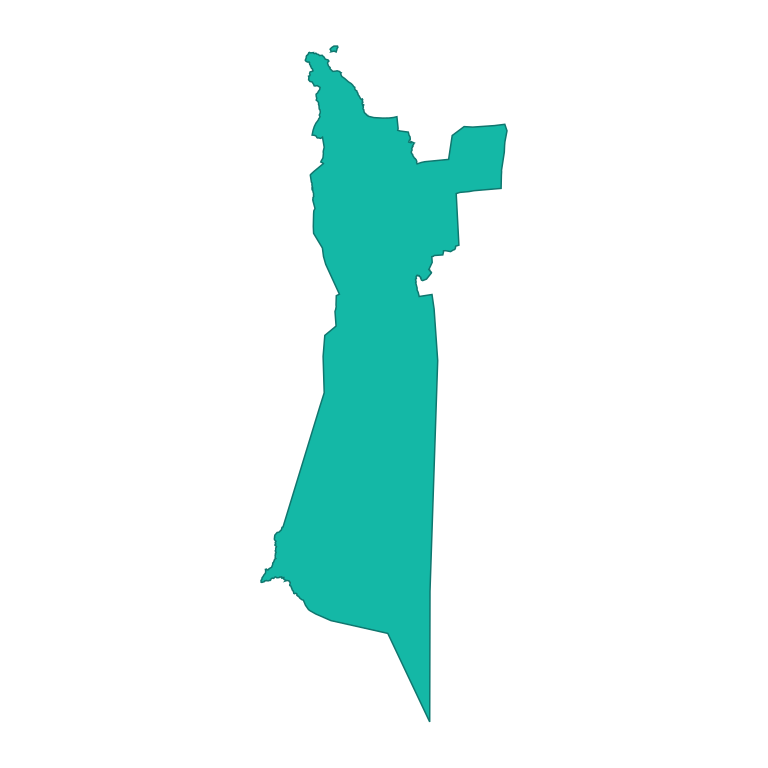 Þingeyjarsveit, Norðurland eystra, Iceland
{"feature_id": "244011B2873245088627", "entity_name": "Þingeyjarsveit", "entity_type": "district", "adm_level": 2, "iso_a3": "ISL", "parent_name": "Iceland", "parent_adm1": "Norðurland eystra", "projection": "albers", "projection_center": [-17.794, 65.291], "detail": "fine", "context": "isolated", "style": "filled", "palette": "teal", "viewbox_px": 768, "rotation_deg": 0, "n_neighbors": 0, "source": "geoboundaries", "source_scale": "gbopen_adm2", "svg_char_len": 5978}
<svg xmlns="http://www.w3.org/2000/svg" viewBox="0 0 768 768"><path d="M396.9,116.7L393.4,117.5L389.1,118.0L382.9,118.1L373.9,117.6L368.1,116.2L367.8,115.4L366.7,115.1L366.3,114.3L365.1,113.4L364.1,112.0L363.7,109.5L363.0,109.0L363.0,108.1L363.3,107.5L363.2,106.4L363.4,105.8L363.0,106.0L362.7,105.8L362.6,105.4L363.1,104.6L362.5,104.5L362.1,103.7L362.2,103.2L362.6,102.7L362.4,102.5L362.4,102.3L362.8,102.0L362.2,101.0L362.7,99.8L362.4,99.6L362.3,99.0L361.4,99.3L360.5,98.6L359.2,96.1L358.0,94.5L357.9,93.2L357.3,92.5L356.7,90.7L355.8,90.4L355.0,89.5L354.8,88.7L354.8,87.3L353.7,86.6L352.7,85.1L351.2,83.6L348.4,81.8L344.6,78.4L341.8,76.5L340.7,74.0L340.9,73.2L341.2,72.8L340.2,72.4L339.8,71.6L337.1,70.8L335.9,71.1L332.8,71.4L330.9,69.6L330.0,68.7L330.1,67.5L329.0,66.6L328.5,65.9L327.7,63.8L327.6,63.0L327.8,62.1L328.4,61.7L328.9,61.1L328.0,59.9L325.3,59.2L324.1,57.1L323.2,56.4L322.2,55.3L319.5,55.5L318.5,54.5L316.6,54.0L315.9,53.2L314.3,53.6L313.6,53.3L313.3,52.9L313.4,52.6L310.7,52.9L309.4,52.4L308.8,52.7L308.3,53.9L307.4,55.1L306.6,55.6L306.2,56.9L306.2,58.0L305.4,59.8L305.3,60.3L305.5,60.7L306.3,61.5L307.8,62.1L309.2,62.1L309.6,62.7L309.5,63.6L309.7,64.5L310.7,65.8L310.6,66.5L311.0,66.9L311.4,68.1L312.4,68.8L312.5,69.5L313.0,70.6L313.0,70.9L312.6,71.2L310.1,71.9L309.6,73.4L309.6,73.9L310.1,74.7L309.8,75.7L308.5,76.2L308.9,77.3L308.6,79.8L310.0,81.5L312.0,81.9L313.7,84.5L314.1,85.8L315.1,86.0L317.2,85.6L320.1,87.4L319.6,89.8L318.3,91.4L317.7,92.8L316.3,94.0L316.1,94.2L316.1,94.6L316.2,96.2L316.7,98.1L316.7,98.6L316.2,100.1L317.8,101.4L318.5,102.7L318.6,103.1L318.5,104.4L319.0,105.6L319.2,108.7L319.3,109.2L319.8,109.5L320.2,111.0L320.3,112.1L320.0,113.5L319.3,114.9L319.3,115.3L320.0,116.5L319.5,117.8L318.6,119.0L318.3,120.0L315.9,123.2L314.3,126.5L313.1,130.2L312.1,135.1L314.1,135.3L315.4,135.7L316.3,136.3L316.9,137.6L317.7,138.0L318.7,137.9L320.7,138.4L322.5,137.2L324.2,147.3L323.3,151.0L323.2,152.2L323.4,153.1L323.0,157.6L322.4,159.0L321.4,160.6L320.8,162.0L322.7,162.9L323.4,163.6L314.3,171.1L311.2,173.9L310.3,175.0L311.4,182.2L311.9,182.9L312.0,183.6L311.9,185.0L312.2,186.0L312.3,186.7L312.0,187.2L312.2,187.5L312.4,187.7L312.3,187.9L312.5,187.9L312.4,188.3L312.6,188.5L312.7,189.1L312.4,189.4L312.1,189.2L312.1,189.8L312.7,190.3L313.0,191.2L313.0,191.8L313.6,193.5L313.5,194.5L313.6,195.2L313.5,195.6L313.7,196.6L313.0,197.4L313.2,197.9L312.8,199.1L312.9,199.9L312.8,200.1L313.1,200.5L313.0,201.0L315.0,208.5L313.8,210.9L313.6,213.9L313.3,226.5L313.6,233.4L322.4,248.0L323.5,256.5L325.7,264.3L339.4,294.2L336.3,295.7L336.0,305.2L336.2,306.2L336.1,307.1L335.7,309.3L335.0,311.5L336.0,325.2L336.0,326.1L324.8,335.4L323.1,356.4L324.2,392.8L319.7,407.1L283.0,527.0L282.3,527.1L281.8,527.9L281.7,528.2L281.8,528.6L281.1,530.3L280.4,530.6L279.9,531.4L278.9,532.2L277.1,532.5L274.8,535.2L274.7,536.5L274.5,537.0L274.7,537.6L274.4,538.1L274.4,539.4L274.6,539.9L275.6,540.8L276.0,541.4L275.9,541.7L275.3,542.2L275.2,542.9L275.8,544.0L275.0,544.7L274.9,545.1L276.5,546.6L276.2,547.5L275.7,547.9L275.7,550.3L275.2,550.9L276.1,552.3L276.0,552.7L275.4,553.2L275.4,553.5L275.6,554.2L275.1,555.1L275.3,555.9L275.2,557.8L275.8,558.5L274.5,559.4L274.3,560.7L273.9,561.0L273.7,562.0L272.8,562.9L272.7,563.2L272.7,564.4L271.6,567.3L269.2,568.6L268.0,569.9L267.3,569.9L266.5,569.1L265.4,569.4L265.4,569.6L265.7,571.0L265.4,573.2L263.8,575.1L263.1,576.5L262.4,577.3L262.0,578.0L261.9,579.3L261.0,580.4L261.1,581.8L261.2,582.1L261.2,582.3L261.9,582.4L264.4,581.6L264.9,580.7L265.8,580.8L266.5,580.5L267.0,580.8L268.7,580.8L269.6,580.3L270.3,580.4L270.6,580.1L270.9,579.2L271.3,578.7L272.2,578.1L273.7,578.4L274.8,577.2L275.5,576.9L276.9,577.8L279.1,577.6L280.0,576.9L280.9,577.2L281.7,576.9L281.9,577.3L281.7,578.1L282.0,578.3L283.8,577.5L283.9,577.8L283.7,578.3L283.7,579.0L284.5,579.8L285.7,580.2L285.7,580.6L285.3,581.0L287.1,580.5L288.9,580.8L289.5,581.9L290.2,582.3L290.1,583.0L290.1,583.8L289.7,584.8L289.7,585.2L290.0,585.7L290.6,585.9L291.0,586.3L291.1,587.0L291.6,587.8L291.6,588.3L292.0,588.8L292.1,589.8L292.8,590.5L293.0,591.0L293.4,591.2L293.8,593.4L294.5,593.7L295.6,593.3L296.4,593.5L297.0,594.1L296.8,595.1L297.6,596.0L298.5,596.3L300.0,598.3L301.9,599.7L303.4,600.2L305.5,605.3L308.5,609.6L310.3,610.9L315.8,614.0L330.9,620.6L387.8,633.4L429.7,721.9L430.0,591.3L437.7,360.6L434.1,309.0L432.0,294.5L419.2,296.5L418.2,292.4L417.1,290.0L417.1,287.9L415.7,282.7L416.0,282.6L416.1,281.9L415.5,279.2L416.4,278.6L416.1,277.3L416.1,276.6L416.8,275.4L417.3,275.3L417.7,275.7L417.9,275.5L418.1,275.9L419.3,275.7L419.5,276.5L420.7,277.3L420.7,277.8L420.9,278.1L420.7,278.3L421.2,279.2L421.2,279.6L421.5,280.1L422.7,280.6L426.5,279.1L431.3,273.1L431.3,272.9L431.0,272.5L431.2,272.3L431.0,272.2L430.9,271.7L430.2,271.2L429.9,270.3L429.7,270.3L429.7,270.0L428.8,269.6L432.2,262.4L431.8,256.7L433.3,256.3L434.3,255.5L442.8,254.9L443.4,252.3L443.5,250.8L445.7,250.7L450.6,251.6L453.6,249.8L454.3,249.7L454.8,249.4L455.5,247.9L455.5,246.7L455.8,246.1L458.9,245.2L456.2,193.6L459.9,192.4L468.9,191.6L473.9,190.7L501.1,188.4L501.4,175.0L501.6,171.9L501.5,170.4L504.3,152.2L504.6,145.4L504.9,141.9L507.0,130.8L504.8,124.3L494.4,125.6L472.7,127.1L464.1,126.6L452.2,135.5L448.6,159.4L424.8,161.7L421.2,162.5L417.1,163.9L416.6,162.6L416.8,161.4L416.0,159.5L415.4,159.0L415.2,158.5L414.6,158.4L413.2,156.1L412.8,155.7L412.7,154.8L412.6,154.4L411.6,153.5L411.5,153.3L411.5,152.7L411.3,152.5L411.4,151.3L412.0,150.4L412.0,149.4L411.7,148.6L411.8,148.3L412.4,147.5L412.3,147.1L412.3,146.8L412.9,146.4L412.6,145.9L412.7,145.5L413.5,144.7L413.8,143.4L414.3,143.0L410.9,141.5L410.9,142.7L408.7,142.1L409.4,140.1L410.2,139.5L410.3,139.2L410.0,136.7L409.1,135.4L408.3,132.1L400.1,131.0L397.7,130.3L398.1,128.4L396.9,116.7ZM337.5,46.1L333.9,46.1L331.6,47.6L330.1,49.2L330.5,49.7L330.6,50.2L331.0,50.7L331.1,51.5L330.9,51.8L334.3,51.1L334.9,51.5L335.7,51.5L335.7,51.8L336.1,52.0L336.9,49.6L336.9,48.8L337.9,47.3L337.5,46.1Z" fill="#14b8a6" stroke="#0f766e" stroke-width="1.5"/></svg>